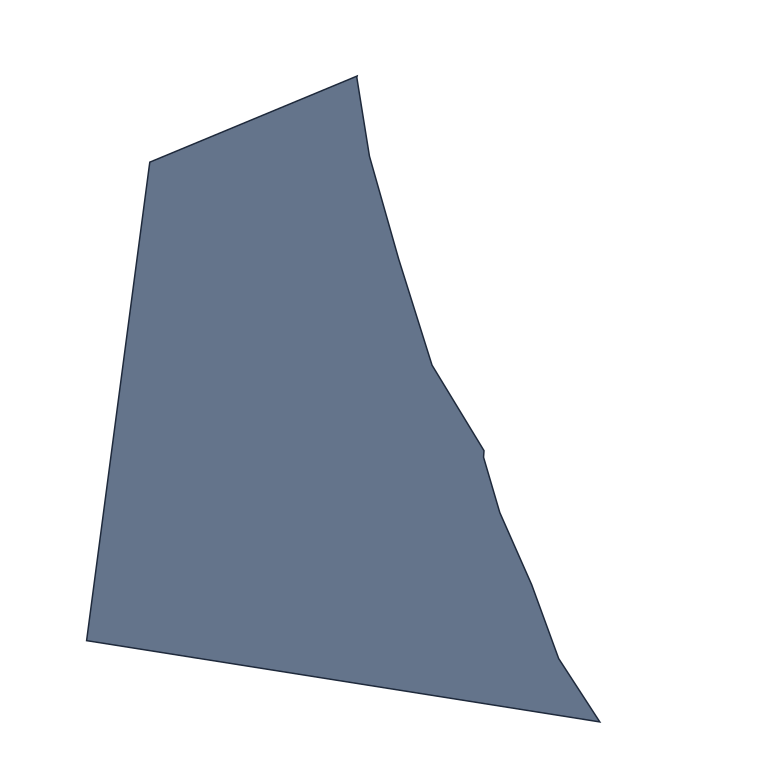 the district of 37, Ad Dawhah, Qatar, rotated 9°
{"feature_id": "91078587B81580735513592", "entity_name": "37", "entity_type": "district", "adm_level": 2, "iso_a3": "QAT", "parent_name": "Qatar", "parent_adm1": "Ad Dawhah", "projection": "robinson", "projection_center": [51.498, 25.303], "detail": "fine", "context": "isolated", "style": "filled", "palette": "slate", "viewbox_px": 768, "rotation_deg": 9, "n_neighbors": 0, "source": "geoboundaries", "source_scale": "gbopen_adm2", "svg_char_len": 359}
<svg xmlns="http://www.w3.org/2000/svg" viewBox="0 0 768 768"><g transform="rotate(9 384 384)"><path d="M650.0,684.0L599.5,627.9L561.3,559.2L518.5,492.9L493.8,440.8L493.2,434.2L428.5,357.9L379.0,258.4L334.0,161.3L309.2,85.5L309.3,84.0L118.0,201.5L118.1,207.0L130.4,684.0L645.3,684.0L650.0,684.0Z" fill="#64748b" stroke="#1e293b" stroke-width="1.5"/></g></svg>